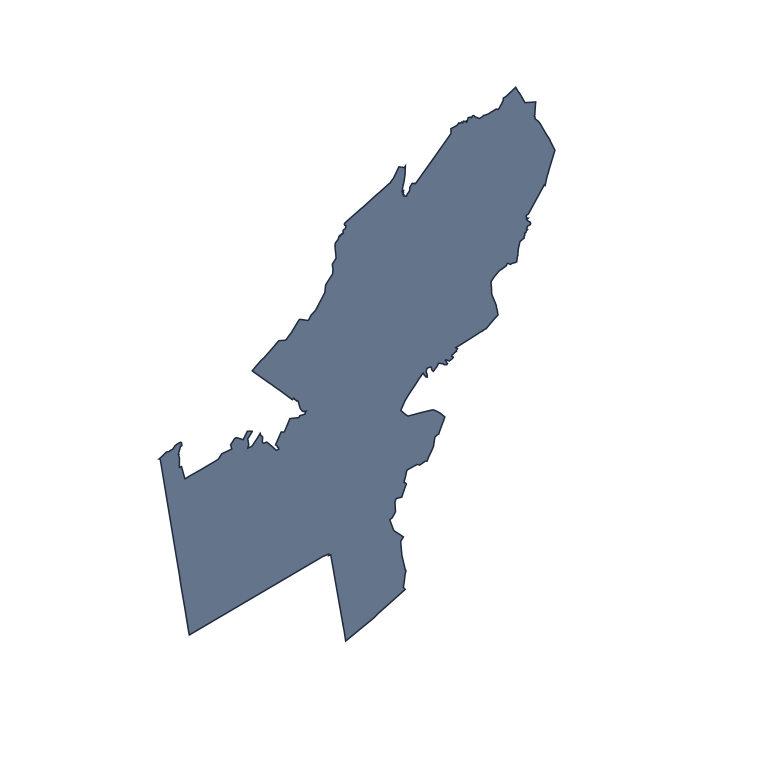 Sarkaņu pag., Madona, Latvia (Equal Earth projection), rotated 126°
{"feature_id": "27541924B13907440389179", "entity_name": "Sarkaņu pag.", "entity_type": "district", "adm_level": 2, "iso_a3": "LVA", "parent_name": "Latvia", "parent_adm1": "Madona", "projection": "equal_earth", "projection_center": [26.346, 56.915], "detail": "fine", "context": "isolated", "style": "filled", "palette": "slate", "viewbox_px": 768, "rotation_deg": 126, "n_neighbors": 0, "source": "geoboundaries", "source_scale": "gbopen_adm2", "svg_char_len": 6014}
<svg xmlns="http://www.w3.org/2000/svg" viewBox="0 0 768 768"><g transform="rotate(126 384 384)"><path d="M701.5,394.0L560.0,332.3L554.2,328.8L555.5,328.0L553.5,326.7L603.0,275.6L602.8,275.6L604.0,274.6L606.9,271.4L614.5,263.9L585.2,256.3L583.2,255.7L578.6,254.6L572.9,253.8L569.4,253.0L537.7,246.1L537.2,248.7L531.1,251.9L526.7,254.4L526.1,254.7L525.1,255.3L522.1,256.4L521.6,257.8L512.1,268.8L501.5,278.0L496.3,278.4L496.8,289.6L496.3,290.8L490.4,299.5L487.1,298.7L480.6,299.6L472.8,305.9L469.4,306.8L465.1,303.1L455.4,306.2L451.7,307.1L451.4,307.9L451.8,310.1L446.4,312.1L441.1,314.5L439.6,314.6L435.7,312.7L434.1,312.1L431.4,310.7L429.7,310.1L428.5,307.4L422.0,305.2L421.5,304.7L421.1,303.8L417.1,304.9L409.5,306.3L405.3,307.3L397.1,311.6L394.2,311.1L392.3,310.3L389.2,311.3L380.1,313.9L379.1,314.1L378.6,314.1L377.7,314.6L374.9,315.4L374.5,320.9L374.6,322.3L375.3,326.7L376.0,329.1L377.8,330.8L385.9,337.7L390.7,341.5L395.9,345.8L396.0,348.4L395.7,352.8L395.5,354.9L385.4,357.1L377.5,357.8L364.8,358.3L359.3,358.7L353.3,358.8L352.2,358.5L353.1,356.7L353.6,354.1L352.8,354.1L352.8,353.2L350.7,354.9L349.8,356.5L348.9,357.3L346.3,358.4L344.7,357.7L343.0,356.4L342.8,355.4L344.5,353.7L344.5,352.9L344.9,351.6L343.3,351.4L341.4,351.6L339.7,351.4L337.0,351.7L335.2,352.1L332.8,347.9L333.0,347.2L332.9,346.5L331.4,344.5L330.1,344.7L330.0,345.5L329.3,346.5L328.8,348.4L328.2,348.3L327.9,347.6L327.6,347.0L327.0,344.6L323.0,343.6L321.6,343.6L321.5,344.4L321.8,345.3L320.9,346.0L320.0,345.7L315.4,344.9L315.0,344.5L314.3,345.3L312.2,345.3L312.5,347.3L299.9,342.2L289.2,338.0L287.9,337.4L286.8,337.2L282.8,335.3L282.7,335.5L280.9,334.7L279.8,334.2L279.5,333.9L266.8,333.0L261.1,332.3L258.8,334.8L258.3,335.0L256.1,337.8L254.4,339.4L252.3,342.7L248.5,348.9L247.9,349.7L245.6,351.6L243.3,353.3L238.6,357.4L237.3,357.6L232.2,357.8L225.0,357.3L223.8,357.0L221.6,356.1L216.2,354.5L215.2,355.1L213.5,354.8L213.2,353.4L213.0,352.0L210.6,351.0L209.0,349.4L207.2,348.4L202.0,351.2L201.0,351.3L200.8,351.7L195.4,354.9L189.1,357.6L188.8,357.7L183.4,356.4L182.6,357.3L181.0,357.4L179.3,358.9L178.1,358.2L176.7,358.8L174.5,358.7L174.6,359.9L171.8,360.7L171.5,360.4L168.9,359.3L167.9,359.7L167.2,360.7L167.1,361.2L167.4,363.3L167.1,365.3L165.1,364.8L166.0,366.3L164.0,368.0L161.5,367.1L128.6,371.4L128.7,370.3L122.4,373.1L118.7,374.6L116.4,375.3L112.9,376.7L94.4,383.1L89.6,392.5L89.1,392.8L86.2,400.3L81.7,410.4L80.7,413.5L80.7,417.6L79.1,418.9L78.8,420.1L77.3,420.2L76.8,420.7L73.7,422.7L66.6,427.1L69.6,430.5L72.0,433.6L73.5,435.3L68.8,445.8L68.9,446.3L68.6,447.2L66.5,451.9L79.2,454.2L81.0,454.8L82.3,455.5L83.1,455.2L84.4,454.3L85.4,454.0L86.2,454.0L88.3,453.5L90.6,453.4L91.8,453.0L94.7,452.9L95.5,454.7L96.2,455.2L96.7,455.4L97.8,455.6L98.3,456.0L99.8,456.5L101.2,457.3L103.1,457.9L104.2,458.4L105.7,459.4L106.2,459.5L108.1,461.3L109.9,461.5L113.2,463.0L113.8,465.6L114.3,467.0L114.0,468.7L114.2,469.4L115.0,470.0L116.9,469.7L117.5,470.0L117.2,470.8L119.0,472.4L121.1,471.7L122.8,470.9L123.5,471.1L122.6,471.9L122.7,472.1L123.5,472.3L124.0,472.7L124.6,474.2L126.5,473.9L126.4,475.1L127.8,475.3L128.7,476.2L128.6,476.9L132.1,477.0L138.1,480.0L142.0,477.0L179.2,476.5L203.2,476.3L203.5,476.5L203.4,476.6L203.4,476.8L203.5,476.8L203.5,476.7L203.8,476.7L204.0,477.0L203.8,477.1L203.9,477.4L204.2,477.7L204.8,478.8L205.3,479.1L205.8,479.2L207.5,478.8L208.1,479.0L210.1,478.5L211.7,477.4L213.0,476.9L215.2,476.7L216.4,476.9L218.8,476.2L219.8,478.0L220.2,478.3L219.2,479.0L219.8,480.2L217.7,480.7L217.9,482.1L216.9,481.5L215.9,481.8L216.7,482.8L214.5,484.2L208.2,486.9L205.9,488.1L201.6,490.4L199.8,491.7L195.1,494.8L196.9,494.8L199.6,499.6L211.3,497.4L212.8,497.3L215.7,497.4L217.8,497.2L218.7,497.6L231.5,500.3L236.6,501.6L249.1,504.1L253.4,505.0L255.9,505.7L275.7,510.1L277.4,510.3L277.7,509.9L278.2,509.8L278.2,509.6L278.6,509.3L278.7,508.9L278.5,507.5L279.2,507.2L281.6,506.7L283.1,507.4L283.9,507.3L284.6,506.8L285.6,505.7L287.0,505.9L286.8,506.2L287.7,506.4L287.8,506.6L288.1,506.5L288.9,506.7L289.6,506.5L289.9,506.5L289.7,507.0L290.6,507.2L291.3,507.1L293.6,506.2L298.7,506.2L301.3,504.7L304.0,502.4L307.1,499.5L310.2,496.9L310.6,496.7L317.1,496.3L318.4,495.5L320.7,493.1L324.7,490.5L325.3,490.3L338.1,489.5L343.6,486.3L345.3,485.5L364.6,482.7L371.6,483.5L374.9,482.8L376.0,482.7L376.6,482.7L377.3,483.0L377.8,483.5L377.8,483.8L380.6,489.1L381.2,490.1L381.7,490.3L382.8,490.4L396.7,489.2L405.8,489.3L406.4,489.5L407.0,490.0L408.6,492.0L410.3,493.9L410.7,494.4L411.1,494.5L412.0,494.7L418.4,495.1L433.4,496.5L437.6,497.4L450.8,498.4L450.9,497.9L450.7,477.8L450.5,474.6L450.6,470.2L450.4,462.6L450.6,448.9L448.5,448.6L448.8,447.7L449.0,445.3L449.2,444.8L448.5,444.4L448.3,444.0L448.4,443.4L453.0,437.5L454.0,434.0L453.6,433.0L451.8,431.0L453.4,431.0L454.8,430.2L459.3,433.6L461.2,433.1L467.3,439.8L481.1,436.5L481.4,436.6L481.8,436.9L483.3,439.0L497.0,436.0L497.1,434.4L497.0,433.5L497.8,432.8L497.7,431.6L498.7,430.8L500.7,431.9L500.9,432.4L500.2,438.9L500.3,439.7L500.0,441.7L500.1,442.2L500.0,442.6L500.0,443.6L499.9,443.9L499.9,444.6L500.4,445.2L502.2,446.1L502.6,446.4L502.9,447.0L502.7,447.7L502.0,448.6L501.0,449.3L499.2,450.3L498.4,450.9L498.0,451.4L498.0,451.9L498.0,452.8L498.0,453.4L496.7,455.2L503.9,454.5L505.0,454.6L511.5,454.2L512.8,454.7L515.9,456.5L513.5,457.5L512.7,457.6L508.3,462.2L507.8,462.1L506.9,462.1L501.0,462.5L499.7,462.7L499.7,463.0L502.5,466.8L511.8,465.2L514.0,471.7L514.9,472.4L516.0,472.8L523.3,472.3L523.6,472.1L526.1,468.9L535.9,474.3L541.2,473.9L542.2,473.9L542.8,474.0L561.1,481.9L573.6,487.6L574.5,487.9L577.6,489.2L577.6,489.5L569.8,499.3L571.7,500.4L571.7,500.6L564.3,505.8L562.1,508.5L561.6,508.5L561.8,509.0L554.0,512.0L552.9,511.2L550.6,513.2L551.0,514.0L550.7,514.3L550.8,514.5L554.1,516.0L556.6,516.8L560.0,516.6L561.6,516.8L563.2,517.8L564.8,518.1L567.0,520.1L574.9,521.4L576.8,521.9L576.6,521.6L576.7,521.0L576.9,520.4L577.1,520.1L646.0,450.3L660.4,435.6L660.8,435.4L668.0,428.2L682.6,413.2L698.4,397.3L701.5,394.0Z" fill="#64748b" stroke="#1e293b" stroke-width="1.5"/></g></svg>